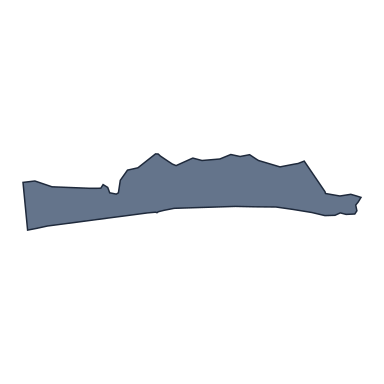 the district of Ibeno, Akwa Ibom, Nigeria
{"feature_id": "59680162B15406999540209", "entity_name": "Ibeno", "entity_type": "district", "adm_level": 2, "iso_a3": "NGA", "parent_name": "Nigeria", "parent_adm1": "Akwa Ibom", "projection": "equal_earth", "projection_center": [8.062, 4.561], "detail": "fine", "context": "isolated", "style": "filled", "palette": "slate", "viewbox_px": 384, "rotation_deg": 0, "n_neighbors": 0, "source": "geoboundaries", "source_scale": "gbopen_adm2", "svg_char_len": 961}
<svg xmlns="http://www.w3.org/2000/svg" viewBox="0 0 384 384"><path d="M27.6,230.1L37.5,228.2L37.8,228.1L47.5,226.0L56.0,224.9L110.0,217.8L124.0,216.0L147.5,212.9L155.5,212.2L157.0,212.7L158.4,211.7L164.1,210.3L173.8,208.4L174.6,208.3L235.6,206.4L240.0,206.5L254.9,206.8L276.0,207.0L292.8,209.4L311.8,212.5L324.9,215.6L335.0,215.3L340.3,212.9L346.1,214.4L354.8,214.0L356.9,210.8L355.7,205.1L358.2,202.0L361.0,197.4L356.3,195.9L350.8,194.3L339.9,196.0L325.5,193.5L325.0,191.7L304.2,161.1L298.1,163.5L293.9,164.2L280.0,166.9L258.5,160.5L256.7,159.4L249.6,154.7L240.1,156.5L230.8,154.5L219.8,159.0L202.0,160.5L192.9,158.1L192.1,158.4L190.5,159.1L176.1,165.6L172.4,164.1L167.7,161.0L160.3,156.0L158.2,154.0L155.5,153.9L137.9,167.8L130.8,169.4L127.5,170.1L120.3,180.3L118.4,192.8L116.3,194.1L109.7,192.8L107.7,187.4L103.1,184.6L100.8,188.2L96.7,188.3L89.6,188.3L52.0,186.8L34.9,181.0L23.0,182.4L27.6,230.1Z" fill="#64748b" stroke="#1e293b" stroke-width="1.5"/></svg>